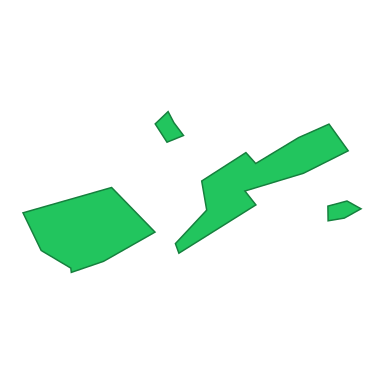 outline of Angren city, Tashkent, Uzbekistan
{"feature_id": "79887680B68716596189274", "entity_name": "Angren city", "entity_type": "district", "adm_level": 2, "iso_a3": "UZB", "parent_name": "Uzbekistan", "parent_adm1": "Tashkent", "projection": "albers", "projection_center": [70.1, 41.005], "detail": "fine", "context": "isolated", "style": "filled", "palette": "green", "viewbox_px": 384, "rotation_deg": 0, "n_neighbors": 0, "source": "geoboundaries", "source_scale": "gbopen_adm2", "svg_char_len": 527}
<svg xmlns="http://www.w3.org/2000/svg" viewBox="0 0 384 384"><path d="M103.6,261.3L155.0,232.1L111.6,187.5L23.0,212.8L41.2,250.5L70.8,268.1L71.3,272.4L103.6,261.3ZM348.2,150.8L329.0,124.1L298.6,137.6L255.7,163.5L245.9,152.6L201.7,181.0L206.7,210.1L175.4,243.6L178.9,253.2L255.9,204.9L244.9,191.0L303.6,173.2L348.2,150.8ZM183.5,135.5L173.9,122.7L168.1,111.6L155.2,123.9L167.0,142.2L183.5,135.5ZM344.3,218.1L361.0,208.8L347.0,201.0L327.9,206.1L328.1,220.8L344.3,218.1Z" fill="#22c55e" stroke="#15803d" stroke-width="1.5"/></svg>